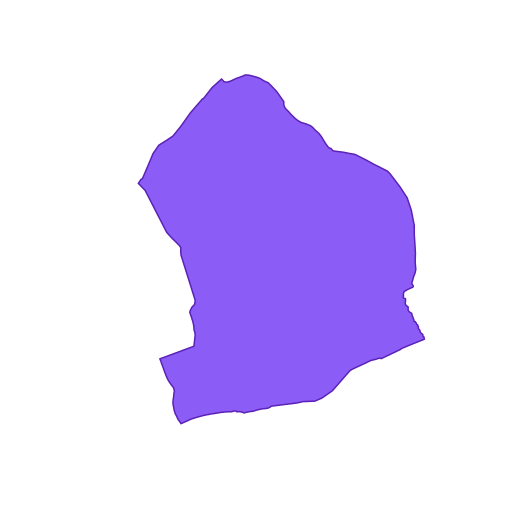 Al Azariq, Al Dali', Yemen (Robinson projection), rotated 235°
{"feature_id": "15242507B92892578873791", "entity_name": "Al Azariq", "entity_type": "district", "adm_level": 2, "iso_a3": "YEM", "parent_name": "Yemen", "parent_adm1": "Al Dali'", "projection": "robinson", "projection_center": [44.595, 13.646], "detail": "fine", "context": "isolated", "style": "filled", "palette": "violet", "viewbox_px": 512, "rotation_deg": 235, "n_neighbors": 0, "source": "geoboundaries", "source_scale": "gbopen_adm2", "svg_char_len": 4737}
<svg xmlns="http://www.w3.org/2000/svg" viewBox="0 0 512 512"><g transform="rotate(235 256 256)"><path d="M91.3,346.2L93.3,347.1L94.1,347.0L94.4,346.9L94.8,346.9L95.1,347.1L95.7,347.4L96.2,347.6L96.6,347.5L97.1,347.3L97.7,347.1L98.2,347.0L99.3,346.9L99.6,347.0L100.2,347.2L100.8,347.4L101.3,347.5L101.7,347.7L102.2,347.7L102.5,347.5L102.9,347.4L103.1,347.3L103.5,347.3L103.8,347.4L104.1,347.6L104.3,347.9L104.5,348.2L104.8,348.4L105.1,348.5L105.4,348.4L105.7,348.4L106.0,348.4L106.2,348.6L106.3,348.7L106.7,348.9L107.0,348.8L107.2,348.7L107.5,348.4L107.9,348.5L108.3,348.6L108.8,348.7L109.4,348.8L110.0,348.8L110.8,348.8L111.0,348.8L111.3,348.4L111.6,348.0L111.9,347.9L112.1,348.1L112.4,348.3L112.8,348.5L113.2,348.7L113.9,348.9L114.3,349.0L114.9,349.1L115.5,349.3L116.6,349.6L117.4,349.7L118.1,349.9L118.6,350.1L119.1,350.5L119.6,350.6L120.0,350.5L120.7,350.3L121.3,350.0L121.8,349.7L122.7,349.5L123.4,349.5L123.8,349.5L124.5,349.7L124.7,349.8L125.3,350.2L125.9,350.6L126.5,351.1L127.2,351.4L127.8,351.1L128.6,350.9L129.5,350.7L130.3,350.6L130.8,350.7L131.4,351.0L131.9,351.4L132.5,351.9L133.0,352.3L133.5,352.7L133.8,353.0L134.2,353.3L135.0,353.8L135.3,353.9L135.7,353.8L136.0,353.5L136.8,352.8L137.0,352.7L137.5,352.7L137.7,352.9L137.9,353.2L138.3,353.5L138.8,354.0L139.5,354.4L140.0,354.7L140.5,355.2L140.9,355.6L141.3,356.1L141.6,356.5L141.8,357.0L141.8,357.6L141.8,358.8L141.6,359.5L141.7,360.4L140.7,365.6L140.6,366.1L140.5,366.5L140.6,367.0L140.9,367.4L141.7,367.7L142.3,367.8L142.9,367.8L143.6,367.8L144.3,367.9L144.7,368.4L145.5,369.5L147.0,371.3L148.2,372.7L149.0,373.7L149.4,374.4L150.1,375.5L151.4,377.2L153.2,379.0L153.3,379.2L159.4,382.7L167.0,388.3L175.1,393.3L182.7,397.9L190.3,403.2L204.5,409.5L217.0,413.2L230.0,413.6L246.1,413.0L250.0,412.4L251.0,411.9L264.0,404.9L269.8,402.1L282.4,395.4L282.5,395.3L282.7,395.1L286.7,391.1L290.7,387.3L297.8,379.5L299.0,379.3L301.2,379.1L301.7,378.5L302.4,378.0L303.9,377.6L308.0,377.5L309.9,377.6L314.0,377.9L314.6,377.9L314.9,378.0L316.5,378.0L318.2,378.0L318.9,377.9L320.1,377.9L325.2,376.7L327.2,376.4L328.7,376.2L330.2,375.8L331.8,375.2L333.1,374.3L334.4,373.5L336.0,372.4L337.5,371.2L338.8,370.1L340.0,369.3L341.5,368.7L343.1,367.9L344.5,367.5L346.6,366.9L348.1,366.6L350.0,366.3L351.3,366.0L352.8,365.8L353.9,365.7L355.7,365.5L356.2,365.4L358.8,364.9L360.4,364.8L361.8,364.9L362.9,365.2L364.4,365.8L365.8,366.8L366.5,367.3L377.5,367.3L378.5,367.3L386.3,366.2L390.8,365.4L395.2,362.8L399.1,361.2L401.9,359.3L404.9,356.8L407.9,354.2L410.2,351.5L410.4,351.1L410.7,350.0L411.0,348.3L411.4,346.8L411.8,345.2L412.2,343.7L412.9,341.2L412.9,340.6L413.2,339.8L413.6,336.8L413.8,336.1L414.1,334.5L414.8,332.8L415.4,331.3L417.1,329.8L420.7,329.3L419.2,316.8L415.1,303.2L415.4,302.2L411.0,284.7L405.3,268.6L402.8,259.9L401.9,256.6L402.1,247.9L402.5,239.9L399.0,230.5L394.3,223.1L392.8,220.7L384.6,207.5L384.7,205.7L383.0,201.3L373.2,202.8L350.7,199.7L326.5,196.4L319.2,197.3L312.9,198.5L308.5,199.2L305.9,199.2L303.4,197.3L299.8,195.1L270.1,185.7L254.4,180.7L251.5,177.8L250.9,174.4L249.2,171.1L247.9,169.5L246.4,169.0L244.5,168.5L242.7,168.0L241.3,167.5L239.6,167.0L238.2,166.5L236.7,165.9L235.1,165.2L233.7,164.5L232.0,163.5L230.7,162.7L228.5,162.1L226.1,160.8L217.7,153.4L226.9,118.3L226.7,118.2L225.2,117.9L223.3,117.4L222.0,116.9L220.4,116.6L219.0,116.2L217.3,115.8L215.9,115.3L214.4,115.0L213.1,114.5L211.6,114.3L211.2,114.2L210.0,113.8L208.5,113.5L206.9,113.2L205.4,112.9L203.8,112.8L202.3,112.7L200.9,112.7L199.4,112.7L197.5,112.8L195.7,112.9L192.2,111.8L191.2,110.6L190.0,109.5L188.5,108.3L187.4,107.2L186.3,106.2L185.1,105.1L184.0,104.2L182.6,103.3L181.3,102.6L179.9,102.0L178.5,101.4L177.2,100.7L175.6,100.2L174.1,99.7L172.6,99.3L171.0,99.2L169.4,98.9L167.9,98.6L166.3,98.4L164.9,98.5L163.2,98.5L161.7,98.4L161.5,99.3L161.1,101.3L160.8,103.1L160.4,104.9L160.1,106.4L159.9,108.0L159.5,109.6L158.9,111.7L158.3,113.3L157.9,114.9L157.3,116.5L156.7,118.1L156.1,119.8L155.5,121.5L154.8,123.0L154.3,124.4L153.5,125.9L152.9,127.4L152.3,128.9L151.5,130.3L150.6,132.0L149.9,133.6L149.2,135.0L148.3,136.9L147.6,138.2L146.8,139.7L146.1,141.0L145.2,142.5L144.3,144.0L143.3,145.3L142.4,146.6L141.9,148.2L141.3,149.8L140.2,150.8L139.2,151.0L138.4,152.7L137.0,154.2L135.8,155.2L134.2,156.3L133.7,157.9L133.0,159.6L132.4,161.0L131.7,162.4L130.9,163.8L130.2,165.3L129.8,166.8L129.2,168.6L128.6,170.2L127.8,172.2L127.0,173.9L126.1,175.4L125.2,177.0L124.4,178.9L124.1,181.0L124.2,182.4L112.0,205.5L109.8,210.9L103.4,220.9L101.8,228.5L101.8,230.9L101.8,241.3L108.2,267.2L108.0,270.2L105.3,285.3L104.6,290.0L102.7,294.8L102.5,295.5L101.7,298.0L101.4,298.8L100.1,299.7L96.6,320.7L96.7,320.8L96.7,321.1L96.6,322.8L94.4,332.7L91.3,346.2Z" fill="#8b5cf6" stroke="#5b21b6" stroke-width="1.5"/></g></svg>